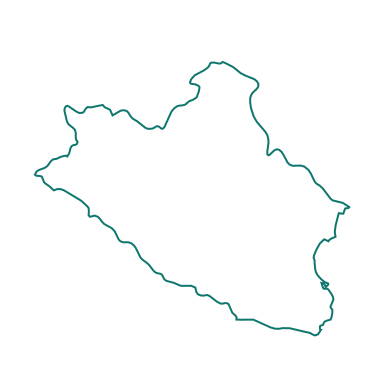 Nghệ An, Robinson projection, rotated 5°
{"feature_id": "VNM-475", "entity_name": "Nghệ An", "entity_type": "Province", "adm_level": 1, "iso_a3": "VNM", "parent_name": "Vietnam", "parent_adm1": "", "projection": "robinson", "projection_center": [104.899, 19.281], "detail": "fine", "context": "isolated", "style": "outline", "palette": "teal", "viewbox_px": 384, "rotation_deg": 5, "n_neighbors": 0, "source": "natural_earth", "source_scale": "10m", "svg_char_len": 3404}
<svg xmlns="http://www.w3.org/2000/svg" viewBox="0 0 384 384"><g transform="rotate(5 192 192)"><path d="M207.4,61.7L209.5,61.4L211.1,59.8L213.9,60.6L222.2,64.0L230.0,69.3L234.8,71.3L244.3,74.2L247.1,76.2L248.8,78.7L248.8,81.1L247.7,83.4L243.7,87.9L242.4,90.5L241.8,93.5L242.2,98.0L243.5,103.4L247.0,111.6L250.5,116.5L259.8,125.6L262.2,129.0L263.5,133.0L263.9,136.8L263.5,144.5L263.7,147.7L264.6,148.7L266.0,148.3L269.5,144.3L271.1,142.8L272.9,142.1L275.1,142.4L277.4,143.9L279.7,146.7L284.6,154.3L287.0,156.3L290.3,157.1L297.9,156.2L301.7,156.9L306.1,159.9L308.8,163.3L313.0,170.5L314.5,172.2L316.3,173.4L318.7,174.5L321.9,177.0L330.8,186.8L332.9,188.1L343.2,189.7L350.0,193.3L349.9,193.7L348.6,194.6L347.2,194.7L346.0,195.1L344.6,200.4L342.5,200.5L340.3,200.2L339.9,201.2L338.0,212.6L337.7,219.4L338.9,224.1L334.8,226.3L333.2,227.5L332.2,229.2L327.8,227.6L323.9,232.1L320.8,239.0L319.1,244.5L318.9,247.0L319.8,248.7L320.2,250.3L320.4,252.7L321.6,258.7L322.4,261.0L324.6,264.2L328.1,267.5L332.1,270.2L335.7,271.3L335.7,272.5L333.4,275.1L332.8,273.5L331.8,272.2L330.5,271.5L328.9,271.3L330.7,275.6L331.2,276.5L332.2,276.9L335.0,276.6L336.2,277.1L339.6,281.2L341.4,284.0L342.3,286.7L339.9,294.3L340.6,295.5L342.1,297.1L342.3,300.6L341.9,304.5L341.2,307.0L337.3,308.5L335.4,309.7L334.5,311.4L334.1,313.0L333.1,313.5L331.9,313.8L331.2,314.6L331.2,315.8L331.5,317.3L331.9,318.5L332.3,318.4L329.9,322.8L326.9,324.2L323.2,322.9L322.1,322.1L320.1,321.9L319.2,321.8L301.3,319.2L294.2,319.7L290.5,320.7L286.5,320.9L282.2,320.1L264.2,313.8L251.5,315.0L247.3,315.2L247.3,312.9L246.2,311.4L242.7,308.8L238.1,300.4L236.1,299.7L234.2,299.9L232.3,300.5L230.3,300.7L226.4,299.1L218.3,293.9L215.7,293.3L212.9,294.2L209.7,294.3L206.9,293.4L205.2,291.6L203.6,286.9L199.4,285.5L190.1,286.4L187.8,286.1L181.6,284.0L175.0,282.9L173.1,282.2L171.8,281.0L169.9,277.9L169.1,276.9L167.5,276.2L164.4,275.9L162.7,275.4L160.3,273.6L155.9,268.7L153.6,266.8L148.2,263.5L146.3,261.6L140.7,252.4L138.7,250.2L136.0,248.4L133.0,247.6L128.0,248.1L125.1,247.4L123.1,245.7L118.5,238.0L115.7,235.4L113.1,234.0L110.4,233.0L107.3,231.5L104.8,229.3L102.7,226.9L100.4,224.9L97.1,224.0L92.4,225.6L91.0,224.0L91.0,220.7L90.4,217.0L88.7,215.2L82.3,210.3L64.3,201.5L61.0,200.6L57.6,200.8L54.2,202.4L49.2,198.6L45.2,196.3L44.0,195.4L43.2,194.1L41.1,189.7L38.5,189.3L35.6,189.4L34.0,188.5L35.3,185.3L37.5,183.5L43.2,180.8L45.7,178.7L48.9,173.4L50.8,171.6L54.3,170.7L57.9,168.6L61.7,167.1L64.1,166.8L64.6,167.5L64.7,167.4L66.0,164.8L66.5,163.0L67.2,158.7L68.2,156.7L69.9,155.6L71.6,155.2L73.0,154.4L73.7,152.2L71.8,149.6L71.3,146.6L71.1,143.4L70.0,140.4L68.2,138.7L63.2,135.4L61.3,132.7L58.1,123.0L57.7,120.7L58.7,117.8L60.2,117.0L62.0,117.6L69.8,122.0L72.8,123.1L76.1,122.6L77.4,121.4L78.6,118.7L79.7,117.4L80.5,116.5L84.0,116.5L90.8,114.4L95.5,113.1L97.6,115.1L103.2,117.2L106.2,122.6L113.7,117.3L116.6,116.5L119.8,116.9L121.7,118.5L123.3,120.8L125.5,123.3L126.9,124.3L131.0,126.2L140.1,132.2L142.9,132.9L146.6,132.4L148.0,131.8L150.5,129.9L152.0,129.4L153.4,129.8L156.1,131.6L157.6,131.4L159.0,129.4L164.2,114.6L165.5,112.1L167.6,109.6L170.1,107.6L172.1,107.0L174.3,106.7L177.4,105.7L181.3,101.8L185.2,99.9L188.4,97.3L190.0,91.4L190.3,88.3L190.3,86.7L189.1,85.6L186.0,84.5L181.3,84.2L180.4,83.1L181.4,79.7L184.5,75.5L193.3,69.8L196.9,66.7L198.4,64.2L198.7,62.6L199.5,61.6L202.6,61.1L207.4,61.7Z" fill="none" stroke="#0f766e" stroke-width="2"/></g></svg>